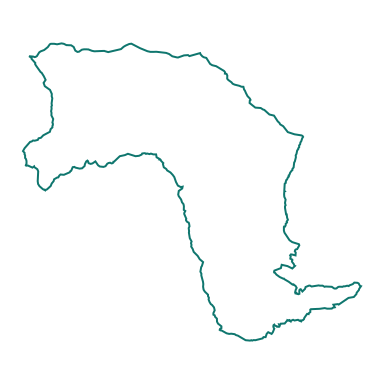 Rucar, Arges, Romania
{"feature_id": "2599482B65815623674969", "entity_name": "Rucar", "entity_type": "district", "adm_level": 2, "iso_a3": "ROU", "parent_name": "Romania", "parent_adm1": "Arges", "projection": "robinson", "projection_center": [25.127, 45.475], "detail": "fine", "context": "isolated", "style": "outline", "palette": "teal", "viewbox_px": 384, "rotation_deg": 0, "n_neighbors": 0, "source": "geoboundaries", "source_scale": "gbopen_adm2", "svg_char_len": 5922}
<svg xmlns="http://www.w3.org/2000/svg" viewBox="0 0 384 384"><path d="M354.3,282.6L352.8,284.1L349.4,285.4L348.7,286.1L347.1,285.7L345.1,286.3L343.5,286.3L342.6,286.8L339.1,286.7L337.8,287.2L336.5,288.4L335.0,288.6L334.1,288.4L331.8,286.8L325.6,286.5L324.6,286.8L322.7,285.7L320.0,285.7L318.7,285.4L311.6,286.5L309.9,285.6L309.0,285.6L305.6,287.0L305.0,288.9L302.4,291.5L300.7,289.2L300.2,289.3L299.5,289.9L299.3,291.0L299.4,293.8L298.4,294.2L295.9,293.5L296.4,292.9L295.8,292.4L295.4,292.8L295.1,292.3L295.8,289.6L296.7,287.9L295.6,286.0L294.1,284.9L293.4,284.9L293.3,284.3L292.1,284.3L288.8,281.8L284.5,279.3L283.9,278.6L283.3,278.7L279.7,277.0L276.4,274.6L275.0,272.8L274.3,272.6L274.0,272.0L274.4,270.6L280.9,268.1L281.7,264.8L287.5,266.1L292.3,268.5L295.0,265.9L294.3,265.5L293.8,264.1L292.1,261.9L291.9,261.1L292.4,260.1L292.3,259.6L290.3,258.7L290.7,256.3L290.1,255.4L290.9,254.4L292.0,254.5L295.5,255.4L295.7,252.5L294.8,251.3L295.1,250.2L295.7,249.5L297.2,249.1L299.3,245.3L298.9,244.2L292.2,242.1L289.5,240.2L284.5,232.7L283.9,230.7L283.9,226.9L284.1,226.5L285.1,226.5L285.7,225.1L285.7,223.8L287.0,222.5L286.7,221.5L287.9,219.8L287.1,217.7L286.7,214.4L286.1,214.4L285.0,207.8L285.0,206.2L285.6,205.3L285.0,203.0L285.6,199.6L284.3,196.8L284.1,194.4L284.3,191.3L284.8,191.2L284.3,190.6L284.7,183.8L285.8,182.8L285.6,182.3L286.3,180.0L287.0,179.6L287.6,178.0L288.5,177.0L288.4,176.4L288.9,176.1L288.8,175.3L289.5,174.7L290.1,172.8L291.7,170.6L292.3,170.3L292.5,168.8L293.6,167.5L294.2,162.4L294.8,161.6L295.9,157.2L295.7,155.4L296.5,153.8L297.2,150.4L298.2,149.3L298.2,148.4L299.2,147.2L299.1,145.4L300.1,144.4L300.4,142.4L301.2,141.4L302.2,138.3L303.1,136.9L302.5,135.9L301.5,135.4L294.5,134.3L287.8,132.1L283.2,126.2L280.2,124.4L279.4,122.9L277.7,121.3L274.0,115.6L269.4,114.5L264.3,109.9L263.0,109.5L260.7,108.0L255.3,107.6L250.2,103.5L249.6,103.0L249.8,100.6L250.5,99.9L249.8,98.5L247.5,96.1L246.0,93.2L244.8,90.4L244.1,89.6L243.4,86.8L241.4,86.7L239.3,85.8L234.5,84.6L232.6,83.7L231.5,82.3L228.3,80.0L227.2,78.7L227.3,75.5L226.5,73.9L224.9,73.6L225.1,72.3L224.1,71.0L216.2,66.2L212.2,65.2L210.1,63.9L206.3,57.9L203.9,57.3L202.4,56.4L200.6,54.4L200.1,53.1L189.4,56.1L188.0,55.1L184.0,55.4L178.0,57.5L176.9,57.4L172.3,56.3L169.1,54.0L166.1,52.9L156.6,51.8L150.5,51.9L147.4,51.2L139.9,48.1L131.4,43.7L129.2,44.0L125.6,45.6L123.6,46.8L121.0,49.1L108.2,52.1L104.1,50.9L94.3,51.3L91.9,50.8L88.3,49.4L84.1,49.3L81.9,49.7L79.0,51.7L77.4,51.9L75.3,50.6L73.7,47.0L71.2,45.3L66.4,45.1L63.8,43.8L61.5,43.4L57.1,44.3L54.2,43.8L50.9,43.8L49.8,44.3L47.8,47.1L44.2,50.0L40.6,51.4L39.2,52.4L36.9,56.1L35.6,56.9L34.6,57.1L33.3,56.6L29.1,56.2L31.6,57.9L31.6,58.9L35.3,63.0L35.1,64.0L35.8,65.3L40.7,72.2L41.6,72.7L43.8,76.2L45.6,79.9L43.6,82.9L44.8,86.2L50.0,89.9L51.8,93.9L51.7,96.3L52.3,98.2L51.6,103.5L51.9,105.6L51.4,106.5L51.6,108.8L51.1,111.2L51.5,112.9L51.4,115.4L53.2,119.0L52.4,122.7L52.8,123.3L52.9,124.9L52.4,126.0L52.4,127.4L50.6,129.2L49.9,131.8L43.3,135.3L40.9,137.8L38.6,138.3L37.8,139.9L34.7,140.7L33.0,140.5L31.7,141.5L30.1,141.9L24.6,148.2L23.0,151.1L24.6,152.9L24.5,154.2L25.1,155.3L25.1,157.9L26.0,159.1L26.5,161.0L26.5,163.6L25.8,165.3L26.2,165.7L27.8,165.5L32.5,167.6L34.1,166.4L34.3,167.1L37.3,169.2L38.2,171.3L37.7,181.2L38.1,184.0L39.5,186.2L42.8,189.1L45.1,190.3L45.2,189.8L45.7,190.0L47.1,189.3L50.7,186.0L51.7,183.5L53.6,181.2L54.1,179.3L57.2,177.5L58.3,177.4L59.3,175.6L60.5,174.5L63.9,174.8L69.7,172.3L70.4,171.1L71.2,170.8L72.7,167.2L74.5,166.9L75.3,167.6L79.6,168.6L82.1,168.3L84.6,166.0L84.9,164.2L86.2,161.5L87.4,160.6L88.1,161.3L88.3,162.6L88.7,163.2L90.7,163.9L92.5,163.4L95.4,161.4L98.1,165.3L99.8,166.5L103.5,166.9L105.5,166.2L107.3,163.7L108.6,163.0L110.1,162.7L111.5,163.4L112.5,163.2L113.2,162.7L113.4,161.8L113.9,161.8L119.8,156.2L124.9,155.1L127.9,153.8L135.5,156.2L139.0,155.8L141.6,154.6L142.2,153.5L144.3,153.2L145.2,153.3L146.0,153.9L147.0,153.5L149.6,154.1L150.9,153.6L153.3,154.4L156.1,154.4L156.6,157.3L159.9,159.1L160.2,159.4L159.8,159.7L160.7,160.0L161.1,160.9L163.3,163.1L162.9,163.9L163.8,167.3L166.3,169.0L167.1,170.4L170.5,172.5L172.8,175.0L174.3,177.1L176.0,182.0L177.9,185.6L180.8,187.1L182.6,186.7L182.2,188.5L178.8,190.9L178.2,194.5L178.7,196.1L181.1,199.5L182.0,202.3L183.5,204.2L183.9,206.2L183.8,209.9L185.3,211.0L184.3,212.9L184.2,213.9L186.3,218.8L186.0,219.5L186.1,220.5L187.3,222.0L188.7,222.6L189.1,223.8L189.5,226.3L188.7,228.1L189.1,231.3L188.9,232.6L189.8,238.2L191.6,241.5L191.0,243.1L191.5,244.9L191.2,246.6L192.7,249.0L193.7,251.9L197.7,255.9L199.7,259.2L203.1,262.1L201.9,266.0L201.2,267.1L200.4,271.7L201.4,273.7L201.3,275.4L203.0,281.8L203.3,284.0L203.1,286.8L203.6,289.7L204.8,291.6L208.0,294.7L208.0,296.1L208.9,297.8L208.6,299.5L209.5,301.9L210.8,304.1L212.1,305.0L214.0,307.4L214.7,310.3L213.4,313.1L213.4,314.7L214.7,315.3L215.1,316.8L216.9,318.6L217.0,321.6L218.0,323.6L221.4,326.3L221.4,328.1L220.1,328.8L219.7,329.9L220.4,330.4L221.4,330.4L226.6,333.3L229.1,333.9L231.3,333.7L234.7,334.2L236.0,335.1L237.8,335.6L245.6,340.2L250.1,340.6L251.3,340.2L252.1,340.6L253.5,340.1L255.4,340.2L262.6,338.4L263.5,337.1L265.6,337.1L266.7,333.8L268.2,332.2L271.6,333.9L272.8,332.3L274.3,328.6L273.6,327.7L273.3,326.2L273.6,325.1L274.3,324.6L274.9,325.6L276.9,326.3L277.0,326.7L279.1,326.8L279.5,326.5L279.5,325.7L279.1,324.5L280.1,324.8L280.7,323.7L284.7,323.5L287.0,320.7L287.3,320.7L287.4,320.1L289.0,320.7L289.0,320.1L289.5,320.0L290.8,321.4L291.1,320.7L293.1,319.8L294.5,320.5L298.0,319.8L299.5,320.8L300.4,321.1L300.5,320.7L301.3,321.3L301.9,320.3L303.0,320.1L304.0,319.1L304.3,317.9L307.1,313.9L308.6,314.1L308.7,313.3L310.3,312.1L310.3,309.6L310.9,309.2L319.8,308.8L324.7,308.1L327.3,308.7L331.8,308.6L332.9,307.7L334.8,307.3L333.4,304.7L337.9,304.1L338.7,304.6L348.5,297.9L353.8,297.0L356.4,294.1L356.7,292.7L358.9,290.0L359.2,288.8L361.0,286.2L359.9,285.8L358.7,283.5L357.5,282.8L354.3,282.6Z" fill="none" stroke="#0f766e" stroke-width="2"/></svg>